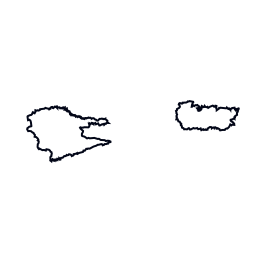 the district of Hpa-An, Kayin, Myanmar, rotated 112°
{"feature_id": "60261553B96608852730046", "entity_name": "Hpa-An", "entity_type": "district", "adm_level": 2, "iso_a3": "MMR", "parent_name": "Myanmar", "parent_adm1": "Kayin", "projection": "albers", "projection_center": [97.347, 18.013], "detail": "fine", "context": "isolated", "style": "outline", "palette": "ink", "viewbox_px": 256, "rotation_deg": 112, "n_neighbors": 0, "source": "geoboundaries", "source_scale": "gbopen_adm2", "svg_char_len": 5805}
<svg xmlns="http://www.w3.org/2000/svg" viewBox="0 0 256 256"><g transform="rotate(112 128 128)"><path d="M184.1,189.1L186.6,188.0L186.3,187.7L186.8,187.2L187.3,187.5L187.6,186.5L186.4,186.7L186.0,185.5L185.7,186.4L185.1,186.3L185.4,184.4L186.1,184.5L186.1,184.1L185.4,183.7L184.5,183.8L184.3,183.3L185.0,182.6L183.7,182.3L183.9,181.6L183.1,181.8L183.2,181.0L182.7,180.8L182.8,180.1L181.7,180.5L181.9,179.8L182.6,179.5L182.7,179.0L182.5,178.8L181.6,179.4L180.8,178.9L180.0,177.4L177.9,176.6L177.6,175.6L176.7,174.8L176.0,174.8L176.0,174.0L175.4,173.1L174.6,173.0L174.2,172.1L174.2,170.8L175.0,169.7L174.4,169.4L174.4,168.8L173.1,168.2L172.5,168.5L171.4,166.7L170.4,165.9L171.1,165.5L171.1,165.2L169.6,164.2L167.1,160.8L165.6,160.8L165.3,159.6L162.9,158.9L162.6,157.7L162.0,157.4L161.5,155.8L158.1,153.0L156.3,150.8L154.9,149.8L154.6,149.0L152.9,146.7L152.8,145.6L153.5,145.0L152.6,143.9L151.7,143.7L151.1,142.2L150.1,141.5L150.1,140.8L149.0,140.7L147.6,139.0L147.1,139.2L147.0,140.7L147.4,142.1L148.4,143.8L148.0,145.0L149.3,148.8L148.9,150.9L149.5,152.0L149.8,155.5L151.9,159.6L151.9,160.8L153.0,162.1L152.3,165.1L152.6,167.5L152.1,168.0L150.5,168.6L148.4,168.3L147.5,168.6L146.5,171.5L145.7,172.6L145.2,172.4L145.1,171.2L144.3,169.5L143.7,168.9L142.2,164.9L141.2,164.5L140.9,164.7L140.1,164.6L138.6,165.8L138.4,164.8L138.1,165.0L138.2,164.1L136.8,163.6L136.7,163.0L137.3,162.4L137.1,162.2L137.3,161.6L136.6,161.9L136.3,160.7L135.6,160.2L136.6,159.1L134.9,157.4L136.4,155.5L136.2,155.0L134.1,153.3L134.1,152.7L133.3,152.0L134.0,151.3L132.3,150.6L132.3,150.0L131.2,149.5L130.7,148.1L130.2,149.6L128.9,149.9L128.3,152.3L127.8,152.5L128.7,153.4L128.7,154.1L129.1,154.4L129.0,155.7L129.5,156.2L130.2,157.8L132.5,158.7L132.7,159.9L132.3,160.6L132.4,162.0L131.8,163.4L132.1,164.3L133.0,165.1L132.8,165.2L132.6,167.0L133.3,167.9L133.1,168.6L134.4,169.8L134.4,170.2L134.9,170.5L134.6,171.0L134.9,171.6L135.3,171.8L135.7,172.4L136.1,172.2L136.2,172.9L135.7,173.1L135.7,173.5L136.4,173.6L136.7,174.3L136.5,175.3L135.3,175.8L135.2,176.8L135.3,177.1L135.8,176.9L135.6,177.4L136.0,177.4L136.0,178.2L136.5,178.6L136.0,179.0L136.5,179.4L136.5,180.0L137.1,180.5L136.9,180.7L136.3,180.4L135.9,181.8L136.3,182.0L136.0,182.3L136.2,183.1L136.7,183.2L136.6,183.6L136.9,183.9L136.6,184.3L136.9,185.2L137.5,185.5L137.1,186.2L136.5,186.1L136.9,186.9L136.6,187.1L136.4,186.6L135.9,186.5L135.5,187.3L135.6,187.9L134.9,189.0L134.7,188.8L134.7,188.2L134.5,188.3L134.4,189.3L135.0,189.7L135.4,190.5L135.0,191.4L134.9,191.1L134.5,191.1L134.7,192.0L133.9,192.3L133.3,191.7L132.8,192.0L133.8,192.8L133.2,192.9L133.2,193.3L134.1,193.3L134.4,193.7L133.8,193.7L133.5,194.2L132.7,194.4L133.5,195.1L133.0,195.2L133.0,195.6L133.7,196.5L134.6,196.8L134.6,197.5L134.9,197.7L135.2,198.3L134.5,199.2L135.1,200.0L134.9,201.4L134.5,202.0L134.9,202.4L135.8,201.7L135.4,202.7L135.8,203.4L135.6,203.8L137.6,204.7L137.6,205.3L137.0,205.4L136.8,206.0L137.3,206.9L138.9,207.7L139.3,207.3L140.3,208.1L139.8,208.8L140.1,209.9L140.3,212.2L141.3,212.6L143.5,216.5L144.0,216.3L145.3,217.3L145.4,218.4L146.1,219.0L146.2,220.5L148.0,219.9L149.3,220.1L149.0,221.8L149.6,221.7L152.0,222.5L153.1,224.0L154.6,225.4L155.2,225.4L158.2,223.6L157.3,222.5L157.7,221.3L159.0,220.2L162.4,218.3L162.8,218.5L163.7,219.9L164.4,220.4L165.0,220.6L165.8,221.2L167.0,221.0L168.3,219.4L167.7,218.3L167.3,216.6L167.9,215.1L167.9,213.8L168.3,213.6L169.3,211.7L171.1,211.3L170.8,209.7L171.5,207.9L172.3,206.8L172.9,206.6L173.4,206.9L173.8,205.8L174.2,205.6L175.7,205.3L176.8,205.6L179.5,204.7L180.2,203.9L180.2,203.2L180.7,203.2L181.0,202.6L180.3,201.8L180.6,199.1L179.8,197.6L179.7,195.7L178.3,195.7L177.8,193.2L178.2,191.8L179.0,191.0L179.1,189.9L180.4,189.0L182.0,188.9L182.5,188.5L184.1,189.1ZM100.1,86.5L101.9,86.4L101.4,85.1L103.0,83.8L102.8,82.4L103.7,81.5L104.0,80.3L104.3,80.0L105.3,80.3L105.7,80.0L106.0,78.8L107.4,78.1L107.4,76.4L108.2,75.5L107.4,73.9L107.2,72.8L106.0,72.0L105.6,71.9L105.3,71.5L105.7,70.6L106.2,70.2L105.9,69.3L103.5,67.3L103.6,66.4L102.7,64.5L102.1,63.9L102.8,62.5L101.7,60.9L101.2,60.5L102.6,59.2L102.3,58.8L101.5,58.5L100.9,57.7L101.4,56.9L100.3,55.6L100.6,54.9L99.7,53.6L98.7,54.0L96.4,52.4L96.0,51.2L96.2,50.6L96.9,50.2L95.9,49.6L95.3,48.6L95.8,48.0L95.1,47.9L94.6,47.2L94.9,46.3L95.3,45.9L94.7,45.4L94.6,45.0L95.1,44.8L94.7,44.1L94.8,42.7L95.4,42.3L95.7,41.7L94.3,39.5L93.5,37.5L92.4,37.3L91.4,36.3L91.3,35.6L89.0,34.6L86.4,34.5L86.7,33.2L86.4,33.2L85.9,32.5L85.3,30.6L84.2,31.2L84.3,32.0L83.7,32.2L83.4,32.7L83.1,34.9L82.4,35.8L81.9,35.9L80.6,34.1L80.0,33.8L79.8,33.4L79.3,33.3L79.5,32.7L78.1,33.3L77.9,32.8L76.7,33.1L75.0,31.8L73.2,32.7L71.7,32.3L71.3,32.7L68.7,32.5L68.4,32.8L70.0,34.7L71.3,34.7L70.6,36.0L69.9,36.1L69.9,36.6L69.3,36.9L70.5,39.0L71.2,39.1L72.1,40.1L72.4,40.0L71.9,40.6L71.9,40.8L72.6,40.7L72.2,41.8L72.5,41.9L72.7,41.6L72.8,42.3L72.0,44.0L72.6,44.0L73.0,44.4L74.6,50.0L75.2,50.4L75.3,51.0L75.9,50.9L78.3,52.4L77.3,52.8L76.8,53.5L74.4,54.3L74.6,55.2L75.7,55.0L76.0,56.4L75.5,57.0L75.5,57.8L77.5,59.9L79.3,61.2L78.6,62.2L79.2,62.6L79.4,64.2L78.9,65.1L79.8,65.0L80.0,65.9L80.5,66.3L80.1,66.8L80.0,67.8L80.6,67.7L81.0,66.9L81.5,67.7L81.7,67.2L82.0,67.3L82.4,68.1L82.6,67.7L82.4,67.3L83.2,67.0L84.5,67.5L85.6,68.7L85.6,69.3L84.9,69.3L84.7,69.7L84.6,69.1L83.6,69.2L84.1,69.9L83.4,69.9L83.3,70.6L82.4,69.2L81.8,69.5L81.2,70.5L81.2,71.4L80.7,72.2L81.3,72.8L81.2,73.3L81.6,74.1L82.8,74.7L82.5,76.0L84.1,76.4L84.4,76.9L82.6,77.3L80.8,77.4L79.7,77.1L79.3,77.4L80.0,81.0L80.7,81.6L80.9,82.5L81.6,82.7L82.6,83.6L84.0,86.7L84.5,86.5L85.0,86.8L85.3,87.4L85.2,88.4L85.9,89.3L85.8,89.6L86.3,89.8L87.3,89.7L87.5,88.9L88.9,87.8L90.3,88.2L92.1,89.7L93.1,89.3L94.2,89.9L95.3,88.9L96.0,88.8L97.1,87.5L98.5,87.6L99.1,87.1L99.6,87.2L100.1,86.5ZM148.6,222.2L150.1,222.2L149.7,221.8L148.6,222.2Z" fill="none" stroke="#020617" stroke-width="2"/></g></svg>